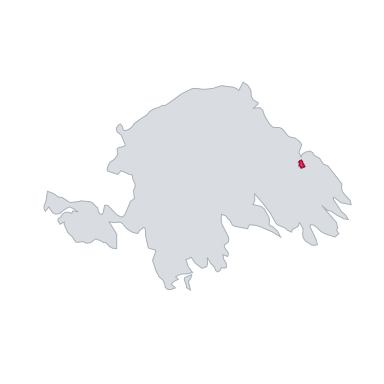 location of Cork City North West Lea-6, Cork, Ireland, rotated 248°
{"feature_id": "5873133B44543417312152", "entity_name": "Cork City North West Lea-6", "entity_type": "district", "adm_level": 2, "iso_a3": "IRL", "parent_name": "Ireland", "parent_adm1": "Cork", "projection": "mercator", "projection_center": [-8.566, 51.923], "detail": "fine", "context": "in_parent", "style": "filled", "palette": "rose", "viewbox_px": 384, "rotation_deg": 248, "n_neighbors": 0, "source": "geoboundaries", "source_scale": "gbopen_adm2", "svg_char_len": 5096}
<svg xmlns="http://www.w3.org/2000/svg" viewBox="0 0 384 384"><g transform="rotate(248 192 192)"><path d="M235.5,69.6L228.5,74.5L227.5,76.4L225.5,83.9L225.3,86.0L220.9,94.3L218.5,96.0L214.8,97.4L212.7,98.7L210.1,98.0L206.7,98.1L205.1,99.6L205.2,100.8L206.2,102.1L212.3,105.9L212.0,107.5L210.2,109.3L199.2,113.7L195.9,116.4L194.8,118.2L196.0,121.1L204.8,130.0L206.2,131.0L207.5,136.1L215.3,138.3L218.4,141.5L221.2,142.2L227.1,142.0L229.5,143.2L230.8,142.3L231.6,140.6L238.3,134.3L236.2,129.6L242.9,121.6L244.7,121.7L247.9,124.1L250.5,127.6L251.3,132.1L253.8,136.2L255.3,137.6L259.6,138.4L260.6,140.0L259.8,145.9L260.5,147.9L271.3,147.7L275.7,145.1L279.4,145.6L281.3,148.2L282.1,150.9L278.9,152.0L275.5,151.4L273.8,153.2L273.7,156.6L274.9,161.0L277.1,164.1L278.9,171.2L280.4,179.0L282.8,183.6L283.2,189.4L282.9,192.3L283.3,197.4L282.3,199.2L283.1,204.0L287.0,219.4L287.8,231.4L285.9,235.9L283.3,240.1L281.6,245.1L280.2,250.5L279.5,259.2L273.8,269.4L271.4,271.9L268.7,273.5L274.7,280.6L269.8,283.7L264.4,284.7L258.4,282.9L254.6,283.2L249.9,286.8L248.8,286.2L246.6,280.4L244.9,286.4L241.5,288.3L235.6,287.8L225.7,289.4L221.9,291.1L220.4,293.8L219.2,296.9L217.6,298.7L215.9,299.7L208.3,301.9L206.8,302.8L203.3,307.8L198.6,310.6L194.8,311.5L191.4,308.6L190.0,306.9L188.4,306.0L183.2,306.1L184.9,307.0L185.9,309.1L186.4,312.9L185.8,316.7L183.3,318.7L180.2,319.0L175.3,323.0L168.9,324.1L165.4,327.7L144.2,333.8L143.0,333.9L140.1,332.3L136.9,331.6L133.8,332.1L124.9,335.5L120.6,334.8L126.1,326.3L133.4,322.1L134.2,320.9L131.8,320.3L117.8,323.3L112.9,325.8L108.0,326.6L110.3,322.7L116.6,317.4L122.0,313.9L124.3,310.7L131.0,307.2L109.6,314.5L104.0,313.6L102.7,311.6L98.4,312.5L96.7,307.6L103.2,300.0L106.9,296.8L111.4,295.0L115.7,292.5L117.3,289.4L115.3,288.4L102.4,289.2L96.2,288.6L96.5,286.1L97.7,283.4L104.1,278.8L107.5,278.0L110.6,278.5L116.1,281.2L123.3,280.3L120.3,277.4L119.8,271.3L117.5,269.3L120.4,266.5L123.8,264.8L129.5,259.0L131.5,258.1L142.7,256.7L154.8,253.6L166.8,249.4L160.6,247.0L157.7,243.9L153.0,250.2L149.6,252.6L139.9,253.9L136.9,253.2L132.6,251.2L131.3,252.0L130.1,253.5L123.7,256.6L117.0,257.3L124.8,251.6L134.6,242.0L136.8,238.9L140.0,233.6L139.0,231.3L137.0,229.9L144.1,218.9L146.6,216.9L151.2,216.6L154.6,214.9L156.1,214.9L157.4,214.2L160.3,210.9L155.8,208.8L151.1,207.7L136.6,208.9L134.7,208.6L132.9,207.6L131.7,206.2L130.8,202.4L129.8,201.6L126.5,201.6L123.3,202.7L121.0,202.6L118.8,201.0L122.3,197.1L117.8,196.2L113.2,197.0L109.3,195.8L109.2,193.4L111.0,191.0L108.7,188.7L108.2,185.8L110.6,184.4L113.3,184.8L118.7,182.7L125.6,181.6L119.7,179.5L117.3,177.7L117.2,174.9L117.7,172.6L124.5,168.5L131.9,166.7L131.3,164.1L131.8,161.2L124.4,160.4L117.1,162.4L117.9,156.9L119.7,151.9L120.0,148.6L119.6,145.1L116.2,146.6L115.8,141.6L114.3,138.2L109.3,140.6L109.4,136.1L110.9,132.9L113.5,131.5L116.2,132.1L121.0,132.1L125.8,129.7L132.6,129.1L143.4,129.8L150.8,136.5L152.8,135.3L155.8,131.1L157.1,130.6L168.4,132.5L175.3,134.9L177.2,134.2L176.2,129.5L173.8,126.2L176.8,121.9L180.5,119.0L182.9,117.6L188.6,115.8L191.1,114.1L192.7,108.6L195.3,104.0L181.1,106.4L167.6,100.9L169.8,97.1L172.6,94.9L177.5,93.2L178.0,91.2L180.5,89.5L184.6,85.1L183.1,79.3L183.9,75.0L186.9,72.3L187.8,68.3L189.1,65.4L195.1,64.3L200.9,61.6L209.8,61.3L212.1,62.4L211.6,57.5L215.8,56.9L217.4,57.9L218.1,61.3L220.1,63.5L220.6,67.2L219.4,70.2L217.2,72.4L219.2,74.7L216.2,78.8L219.4,77.1L224.1,73.0L223.8,69.7L223.0,65.5L221.7,61.7L222.3,57.6L225.0,55.0L231.8,53.6L229.0,48.9L231.5,48.5L234.3,49.5L238.3,53.2L246.8,58.3L242.6,62.9L237.5,66.1L235.5,69.6ZM115.6,158.7L115.4,160.8L112.2,158.2L110.6,155.2L101.7,153.9L105.4,151.0L107.2,151.8L113.5,152.0L115.3,153.2L115.6,158.7Z" fill="#d9dde1" stroke="#a8b0b8" stroke-width="1"/><path d="M179.0,305.7L179.3,305.6L179.6,305.5L179.8,305.5L179.9,305.4L180.1,305.2L180.3,305.3L180.5,305.3L180.5,305.2L180.4,304.9L180.4,304.7L180.5,304.3L180.6,303.8L180.5,303.7L180.3,303.6L180.2,303.6L180.1,303.4L180.2,303.2L180.0,302.8L179.9,302.7L179.7,302.2L179.4,302.4L179.5,302.5L179.4,302.6L179.2,302.6L178.9,302.7L178.8,302.8L178.7,302.9L178.3,302.9L178.1,302.8L178.0,302.7L177.9,302.5L177.8,302.3L177.7,302.4L177.4,302.3L177.3,302.2L177.0,301.8L176.7,301.6L176.3,301.5L176.2,301.4L176.0,301.2L175.9,301.3L175.9,301.2L175.9,301.3L175.9,301.5L175.8,301.8L175.6,302.1L175.4,302.2L175.2,302.2L174.9,302.1L174.7,302.0L174.5,302.5L174.3,302.5L174.3,302.4L174.2,302.4L173.9,302.3L173.7,302.3L173.6,302.2L173.5,302.3L173.4,302.4L173.5,302.7L173.4,302.6L173.3,302.9L173.3,303.0L173.2,303.2L173.2,303.3L173.4,303.3L173.4,303.5L173.5,303.7L173.5,303.8L173.5,304.0L173.4,304.1L173.3,304.4L173.3,304.5L173.6,304.9L173.6,305.0L173.4,305.2L173.3,305.3L173.2,305.4L173.2,305.5L173.3,305.6L173.3,305.8L173.4,306.1L173.5,306.2L173.8,306.0L174.2,305.9L174.3,305.8L174.5,305.9L174.8,305.9L174.9,305.7L175.0,305.7L175.3,305.8L175.5,305.8L175.7,305.7L175.8,305.5L176.0,305.8L176.2,305.7L176.3,305.5L176.5,305.6L176.9,305.3L177.0,305.3L177.1,305.2L177.3,305.3L177.5,305.4L177.8,305.6L178.1,305.7L178.3,305.6L178.5,305.7L178.9,305.7L179.0,305.7Z" fill="#f43f5e" stroke="#9f1239" stroke-width="1.5"/></g></svg>